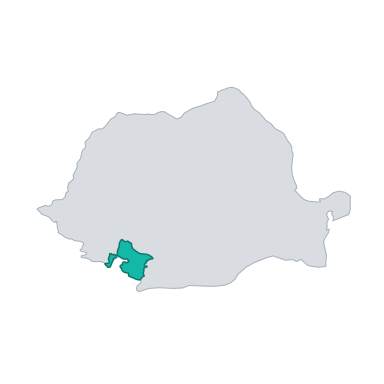 Romania, with Mehedinti highlighted, rotated 351°
{"feature_id": "ROU-124", "entity_name": "Mehedinti", "entity_type": "County", "adm_level": 1, "iso_a3": "ROU", "parent_name": "Romania", "parent_adm1": "", "projection": "equal_earth", "projection_center": [22.715, 44.596], "detail": "fine", "context": "in_parent", "style": "filled", "palette": "teal", "viewbox_px": 384, "rotation_deg": 351, "n_neighbors": 0, "source": "natural_earth", "source_scale": "10m", "svg_char_len": 5863}
<svg xmlns="http://www.w3.org/2000/svg" viewBox="0 0 384 384"><g transform="rotate(351 192 192)"><path d="M298.2,212.8L301.8,217.2L306.3,219.5L316.6,222.0L317.5,221.7L317.5,221.2L316.8,220.6L316.7,219.8L317.1,218.8L318.5,218.7L320.9,219.6L325.2,218.3L331.5,214.8L337.4,214.1L342.9,216.2L345.8,218.6L347.7,220.9L347.2,223.7L346.9,225.5L345.8,232.9L344.9,235.6L343.4,238.7L326.7,242.4L327.8,240.6L327.3,237.5L326.5,235.2L328.0,233.1L324.2,232.3L322.5,233.5L321.3,235.5L322.6,240.1L320.9,242.7L320.2,244.2L320.2,247.6L319.2,249.1L319.0,250.7L321.7,250.2L320.6,253.2L315.7,258.9L314.1,262.3L314.9,275.7L312.9,283.8L312.8,286.2L307.4,286.3L305.8,286.1L300.7,284.9L294.9,282.7L291.4,278.6L289.2,275.6L284.4,276.9L283.4,276.6L282.1,275.1L278.4,274.2L273.9,274.1L263.6,268.7L262.5,267.8L254.6,268.7L242.7,271.4L233.7,274.7L224.4,280.6L220.7,285.1L216.3,287.5L210.0,289.3L198.8,288.6L187.0,286.4L174.4,283.9L167.7,285.3L158.5,284.3L144.6,281.4L134.3,280.5L124.1,282.2L122.4,280.9L122.0,279.4L122.4,277.3L123.9,275.6L126.3,274.3L127.6,273.0L127.7,271.7L125.0,269.5L119.3,266.6L117.0,264.8L116.4,264.3L116.3,262.7L115.1,261.4L112.9,260.4L111.2,258.7L110.0,256.2L110.3,253.9L112.0,251.7L114.2,250.8L116.9,251.1L118.0,250.5L117.5,248.9L114.9,247.0L110.1,244.6L105.3,245.9L100.3,250.9L96.7,251.7L94.6,248.3L90.7,246.3L85.1,245.7L81.6,244.4L80.4,242.5L77.9,241.0L72.5,239.4L72.5,237.9L73.4,237.6L75.3,237.4L77.8,237.1L78.3,236.3L78.3,235.5L76.3,234.5L74.2,233.8L73.2,233.1L72.5,232.4L72.4,231.6L73.0,231.1L73.8,231.1L74.6,230.6L75.1,228.8L76.2,227.3L77.0,226.8L76.9,225.7L76.1,224.6L75.0,223.8L73.4,223.2L68.3,221.7L65.7,219.5L64.1,219.5L61.6,218.3L58.9,216.4L56.6,213.7L54.1,212.0L53.5,211.3L53.4,210.6L53.9,209.9L53.9,209.1L53.3,206.5L53.7,203.8L53.6,201.2L53.6,200.0L53.2,199.7L52.7,200.1L52.1,200.6L51.5,200.6L49.6,198.8L47.3,194.9L45.8,193.7L42.7,191.9L40.1,190.5L38.3,187.3L36.3,184.8L37.6,183.8L45.1,182.3L48.5,183.8L50.1,183.2L51.6,182.1L52.5,181.2L52.6,180.2L53.4,179.0L55.9,178.4L62.5,179.2L65.2,177.5L66.2,176.5L66.8,174.5L67.6,172.9L69.9,172.0L69.9,170.5L69.6,168.9L71.0,165.2L71.8,163.7L73.2,163.2L74.8,162.1L77.6,159.7L77.0,157.6L77.6,156.1L80.5,152.4L82.8,148.8L82.7,147.0L83.1,145.4L85.0,143.7L87.1,141.5L89.9,134.5L90.9,133.4L92.7,132.0L94.0,130.7L94.1,126.2L95.4,124.9L97.8,123.4L100.2,121.0L102.1,118.2L103.6,116.9L105.6,116.6L107.7,115.5L110.1,115.0L112.4,115.6L113.9,115.3L116.1,113.9L121.7,108.8L122.5,107.8L123.7,107.1L128.3,105.3L129.5,103.6L131.0,102.0L133.1,102.1L139.7,106.0L146.8,105.8L148.1,105.9L148.5,106.0L149.4,106.3L158.9,108.3L160.4,108.1L160.8,107.9L164.6,109.5L167.9,109.3L171.1,108.2L174.5,107.8L177.5,108.5L179.9,110.7L186.0,115.5L187.8,117.3L190.6,117.1L193.6,116.2L196.7,112.9L206.1,109.3L213.4,108.4L220.4,107.0L228.6,105.9L230.9,102.9L232.2,100.9L233.0,97.2L237.4,96.1L241.6,95.3L243.1,94.9L246.1,94.7L248.5,95.0L252.2,96.9L254.9,99.2L255.9,101.0L258.2,103.6L260.6,107.3L263.3,112.2L263.9,114.6L264.9,117.3L266.9,120.6L270.7,124.2L271.2,124.9L272.9,127.4L276.3,133.0L279.0,135.3L281.4,137.8L282.6,140.2L284.3,142.5L288.3,145.5L291.6,148.2L294.4,156.0L296.3,159.6L297.5,162.4L297.1,167.9L297.9,170.3L296.6,174.7L294.2,183.5L293.8,190.6L294.4,194.4L294.5,196.8L295.2,198.4L296.0,201.6L296.2,204.4L295.3,205.2L294.0,205.9L293.5,206.4L294.7,207.7L296.5,210.1L298.2,212.8Z" fill="#d9dde1" stroke="#a8b0b8" stroke-width="1"/><path d="M127.1,270.7L126.4,270.4L124.9,270.2L123.7,269.7L116.5,265.2L116.3,264.5L116.5,262.4L116.2,261.8L115.6,261.6L114.2,261.4L112.9,260.9L111.8,260.0L110.9,258.8L110.4,257.6L110.3,257.3L110.4,256.6L110.4,256.3L110.2,256.0L109.5,255.4L109.4,255.0L109.4,254.5L109.5,253.9L109.7,253.5L109.9,253.3L110.2,253.2L111.4,253.1L111.8,253.0L112.1,252.5L112.2,251.8L112.4,251.1L112.9,250.6L113.5,250.5L114.2,250.5L114.9,250.7L116.1,251.5L116.8,251.7L117.5,251.6L118.2,251.2L118.8,250.7L119.0,249.9L117.3,248.2L116.8,247.8L114.2,247.6L113.1,247.0L112.0,246.2L109.7,243.8L109.2,243.6L108.6,243.4L107.8,243.4L107.4,243.7L106.3,244.8L105.6,245.2L104.2,245.5L103.8,245.8L103.6,246.5L99.8,252.8L99.3,253.2L98.6,253.4L97.8,253.3L97.1,253.0L96.5,252.5L96.2,251.3L95.9,251.0L95.5,250.8L95.1,250.5L95.0,250.2L94.9,249.6L94.8,249.3L95.6,249.2L96.6,249.0L97.0,249.1L97.9,249.3L98.3,249.3L98.6,249.3L99.0,249.1L99.3,248.8L99.4,248.2L99.4,247.7L99.2,247.1L99.0,246.4L99.0,245.8L99.0,245.3L99.1,244.8L99.4,244.1L99.7,243.4L100.5,242.2L100.8,241.5L100.9,241.0L100.9,240.6L101.0,240.3L101.2,240.1L101.7,240.0L102.1,240.1L102.4,240.2L103.5,241.3L104.0,241.5L104.3,241.6L105.4,241.5L105.7,241.6L105.9,241.7L106.1,241.9L106.4,242.4L106.5,242.6L106.8,242.7L107.1,242.7L107.6,242.6L108.0,242.4L108.3,241.9L108.6,240.9L109.1,238.9L110.0,236.9L111.3,234.8L111.7,233.8L111.9,233.1L112.0,232.6L112.0,232.1L112.2,231.6L112.4,231.0L113.5,229.4L114.9,228.0L116.2,228.6L117.6,230.3L118.2,230.6L118.7,230.7L120.3,230.5L120.9,230.6L121.3,230.8L121.6,231.1L121.9,231.4L122.2,231.8L122.8,232.3L123.6,232.8L124.0,233.2L124.2,233.5L124.2,233.9L124.0,234.3L123.9,235.0L123.9,235.4L123.9,235.8L124.2,236.5L124.2,236.9L124.4,237.8L124.5,238.3L124.7,238.8L127.6,241.9L130.2,244.1L130.9,244.6L131.6,244.9L137.3,246.4L138.1,246.7L140.2,248.1L142.1,249.8L142.4,250.3L143.0,251.3L142.5,251.8L140.7,251.7L139.9,251.9L139.3,252.1L138.9,252.3L136.8,252.5L136.4,252.7L136.3,252.8L136.5,252.9L136.8,252.9L137.0,253.0L136.3,253.8L136.1,254.1L135.9,254.4L135.4,254.9L134.9,255.1L134.3,255.3L134.0,255.5L133.9,255.8L133.8,256.1L133.6,257.1L133.6,257.4L133.7,257.6L134.0,257.8L134.3,257.9L135.1,258.0L135.4,258.0L135.6,258.2L135.8,258.4L135.9,258.6L135.9,258.9L135.7,258.9L135.0,258.8L134.6,258.9L132.8,259.8L132.5,260.2L132.3,260.8L132.2,261.5L132.0,262.6L131.9,263.0L131.2,264.3L131.2,264.8L131.2,265.4L131.4,266.1L131.5,266.6L131.6,267.1L131.4,267.6L131.2,267.8L130.8,267.7L129.8,268.0L127.1,270.7L127.1,270.7Z" fill="#14b8a6" stroke="#0f766e" stroke-width="1.5"/></g></svg>